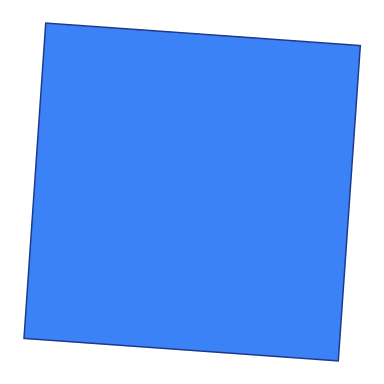 the district of Swisher, Texas, United States of America, rotated 4°
{"feature_id": "52423323B50579359224447", "entity_name": "Swisher", "entity_type": "district", "adm_level": 2, "iso_a3": "USA", "parent_name": "United States of America", "parent_adm1": "Texas", "projection": "mercator", "projection_center": [-101.671, 34.53], "detail": "fine", "context": "isolated", "style": "filled", "palette": "blue", "viewbox_px": 384, "rotation_deg": 4, "n_neighbors": 0, "source": "geoboundaries", "source_scale": "gbopen_adm2", "svg_char_len": 248}
<svg xmlns="http://www.w3.org/2000/svg" viewBox="0 0 384 384"><g transform="rotate(4 192 192)"><path d="M293.9,350.2L349.7,350.3L349.7,34.2L255.3,34.0L34.3,33.7L34.6,349.8L293.9,350.2Z" fill="#3b82f6" stroke="#1e3a8a" stroke-width="1.5"/></g></svg>